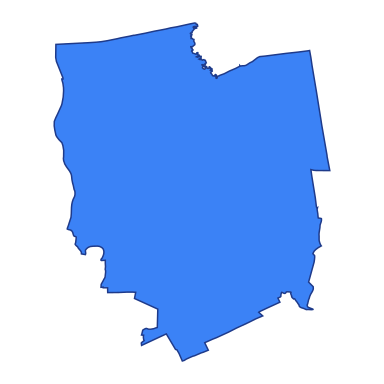 Bobicesti, Olt, Romania
{"feature_id": "2599482B15000431260960", "entity_name": "Bobicesti", "entity_type": "district", "adm_level": 2, "iso_a3": "ROU", "parent_name": "Romania", "parent_adm1": "Olt", "projection": "robinson", "projection_center": [24.159, 44.386], "detail": "fine", "context": "isolated", "style": "filled", "palette": "blue", "viewbox_px": 384, "rotation_deg": 0, "n_neighbors": 0, "source": "geoboundaries", "source_scale": "gbopen_adm2", "svg_char_len": 5743}
<svg xmlns="http://www.w3.org/2000/svg" viewBox="0 0 384 384"><path d="M313.0,309.3L312.6,309.0L308.4,307.4L307.8,306.9L307.2,305.8L307.2,304.9L307.6,304.0L308.6,299.7L309.1,298.6L309.8,296.2L310.8,294.0L311.8,292.4L312.7,290.7L313.2,289.3L313.3,288.7L313.2,286.7L308.6,282.1L314.1,262.1L314.5,259.4L314.7,257.0L314.6,255.6L312.9,253.7L313.4,252.5L314.3,251.0L315.9,249.4L318.2,247.7L321.3,245.9L320.9,245.4L319.9,243.3L319.2,240.8L319.1,239.8L319.1,236.2L319.0,234.5L319.1,232.8L319.9,227.7L320.1,224.9L321.2,221.7L321.5,220.0L321.4,218.6L320.9,218.4L318.3,218.0L318.1,217.1L317.9,215.1L317.8,213.8L317.1,209.5L317.5,207.7L316.9,208.1L316.4,206.8L315.3,197.8L311.8,176.1L311.1,171.1L310.9,169.6L313.9,170.3L316.1,170.5L329.8,170.6L327.1,156.6L327.0,155.2L321.7,124.8L321.0,120.2L316.3,90.9L312.0,65.3L310.9,57.7L309.6,50.5L308.2,50.8L297.9,52.1L286.0,53.4L264.9,56.1L259.7,56.6L257.4,57.7L252.4,61.6L249.9,62.8L246.4,65.1L245.7,65.4L244.5,65.7L242.0,65.8L240.4,66.1L239.8,65.5L239.8,65.9L239.7,66.3L235.4,68.5L229.5,71.0L224.3,73.7L219.9,75.3L219.1,75.8L217.6,76.3L217.4,76.5L217.2,77.7L216.8,78.3L216.3,78.3L216.0,78.1L216.0,77.2L216.6,75.9L216.4,75.2L215.9,74.7L215.5,74.5L215.2,74.7L215.7,75.5L215.7,75.8L215.5,76.0L214.8,76.1L214.0,75.7L213.3,76.0L212.7,75.7L212.4,75.4L212.0,74.5L211.7,74.0L210.8,73.1L210.6,72.8L210.9,72.3L212.3,71.1L212.3,70.9L212.1,70.8L211.1,70.7L210.7,70.5L211.8,70.0L212.0,69.6L212.1,69.1L211.9,68.7L211.7,68.6L211.4,68.6L210.7,69.1L210.4,69.0L210.3,68.7L210.6,68.1L210.6,67.7L210.3,67.5L209.7,67.6L209.6,66.8L209.3,66.8L209.1,67.0L209.1,67.7L208.9,68.1L208.2,68.4L207.3,68.3L207.0,68.1L206.8,66.9L206.4,66.6L205.8,66.5L205.3,66.6L205.0,66.7L204.9,67.1L205.5,68.0L205.0,68.9L204.6,69.2L203.9,69.0L203.0,68.5L202.5,68.0L202.4,67.6L202.6,67.1L202.8,66.9L203.6,66.4L203.7,66.1L202.9,65.8L202.4,65.5L202.0,64.9L202.0,64.7L203.0,64.6L204.2,65.1L205.0,65.1L205.4,64.8L205.0,64.0L205.0,63.8L205.1,63.7L206.3,62.9L205.3,60.3L204.6,60.3L203.9,59.6L202.2,60.2L201.6,59.3L201.1,59.3L200.1,59.6L199.0,59.1L201.0,58.0L201.2,56.5L201.0,56.2L200.7,56.2L199.3,56.7L198.4,56.8L197.6,57.2L196.4,56.8L196.7,56.6L199.3,55.5L199.2,55.1L198.1,54.8L197.6,54.2L197.5,53.8L198.0,53.2L197.9,52.8L197.8,52.6L197.3,52.6L196.7,52.9L196.2,54.1L195.9,54.2L194.1,53.5L192.9,53.2L192.6,52.8L192.2,51.7L191.6,51.2L191.7,50.8L192.8,50.3L193.0,49.9L192.8,49.7L192.1,49.1L192.0,48.8L192.1,48.4L191.3,48.0L191.3,47.3L190.9,47.1L190.8,46.9L190.8,46.7L192.5,46.7L193.4,45.8L194.8,44.7L194.9,43.8L194.8,43.1L194.1,41.8L193.7,41.1L194.0,39.9L194.0,39.6L193.9,39.4L193.0,39.3L192.2,38.4L191.1,38.5L191.0,38.1L191.4,36.8L191.4,36.7L190.7,36.3L190.7,36.1L190.7,35.9L191.7,35.2L191.9,34.9L191.9,34.6L190.8,34.1L190.4,33.7L190.4,33.3L190.7,33.0L192.1,32.7L192.1,31.6L192.9,30.7L194.3,29.0L194.2,28.8L193.7,28.3L193.6,28.0L193.2,27.3L193.2,27.1L193.4,26.7L193.7,26.6L194.3,26.5L194.3,27.0L195.5,28.4L196.3,28.2L196.7,28.0L196.6,27.7L195.4,27.5L195.0,26.9L195.0,26.7L195.3,26.5L196.7,26.5L197.7,26.2L197.6,25.4L197.3,24.4L196.3,24.4L196.2,24.1L195.9,23.3L195.8,23.2L194.6,23.0L190.5,23.8L176.9,26.8L170.5,27.9L166.0,29.0L159.8,30.2L154.3,31.2L145.3,33.2L134.4,35.3L133.5,35.3L129.5,36.2L120.6,37.9L117.3,38.7L107.4,40.7L101.2,41.7L96.2,42.2L88.5,42.7L55.9,44.4L55.7,57.4L56.4,61.4L62.9,77.7L63.0,79.0L61.8,79.0L62.0,80.2L62.9,83.3L63.5,87.6L63.6,90.9L63.2,97.1L62.0,103.7L61.4,105.6L57.7,113.8L55.8,117.7L54.3,121.4L54.2,125.9L54.8,130.0L55.9,135.1L56.7,136.7L58.9,139.6L61.9,142.7L62.9,145.6L63.7,150.4L63.6,157.1L63.5,157.5L63.4,158.7L63.7,160.9L64.5,163.0L64.6,163.7L66.4,166.7L69.6,171.1L70.9,173.5L71.5,175.5L72.0,180.0L72.6,183.0L73.3,185.5L74.1,189.4L74.8,191.0L75.0,192.5L75.0,194.5L74.6,196.4L73.1,199.5L72.3,202.0L71.8,204.4L71.5,207.4L71.3,213.8L71.0,217.3L68.3,225.7L67.4,228.1L67.2,229.0L67.3,229.1L68.6,229.6L70.8,230.1L71.0,230.5L71.5,230.6L72.1,231.4L72.5,232.0L72.8,232.8L73.5,235.2L73.8,235.7L74.3,236.3L75.4,236.5L75.8,236.7L76.1,237.0L76.2,237.3L76.2,238.0L75.9,240.6L75.7,242.4L75.2,243.9L75.2,244.4L75.8,245.2L77.0,246.4L77.3,246.4L77.6,246.8L78.0,247.6L78.4,248.3L79.5,249.6L80.5,250.7L81.3,252.0L81.4,253.9L85.4,254.6L85.7,253.6L85.6,252.2L85.4,251.0L85.5,250.0L86.7,248.6L87.9,247.6L89.3,246.9L90.5,246.5L93.4,246.2L97.5,246.1L99.5,246.4L100.8,247.0L102.1,247.8L103.0,248.7L103.6,250.1L103.8,251.0L103.9,251.9L103.8,253.3L103.6,254.4L103.0,256.1L102.1,258.1L101.3,258.9L100.9,259.9L100.9,260.1L101.4,260.5L105.3,260.3L105.3,263.3L105.5,266.7L105.2,269.4L105.6,270.8L105.6,272.2L105.1,276.9L104.7,278.0L104.0,279.1L103.2,280.7L101.2,284.3L101.0,287.3L103.2,287.2L103.2,287.8L107.6,287.8L107.7,292.6L118.7,292.5L127.1,292.1L132.7,292.1L135.7,292.3L134.5,298.5L157.8,309.1L157.3,327.5L155.8,327.9L153.7,328.7L150.7,329.2L148.6,329.2L147.0,328.6L146.1,328.4L144.8,328.9L142.9,330.0L142.7,330.4L141.8,334.2L141.5,335.0L142.0,335.1L143.6,335.2L143.4,336.3L143.4,337.8L143.7,339.6L144.2,340.6L143.7,340.9L141.8,342.4L141.3,343.0L141.6,345.4L166.3,333.9L175.5,349.4L176.9,349.8L179.0,353.4L182.3,361.0L184.3,360.4L186.3,359.1L189.8,357.5L192.6,356.3L194.7,355.7L200.9,353.0L203.4,352.2L208.3,350.2L204.7,342.7L212.8,339.1L216.4,337.7L228.6,332.1L236.4,328.1L248.5,322.5L255.9,318.8L262.7,315.9L258.7,312.3L259.4,311.7L267.0,308.1L279.9,302.2L277.9,298.1L280.3,297.0L280.8,296.5L281.0,294.3L281.4,292.8L281.8,292.3L284.2,293.4L284.6,293.4L285.0,293.4L285.7,292.9L286.4,291.9L288.0,291.8L290.8,292.1L291.0,292.3L290.7,293.2L291.0,294.5L291.6,295.8L291.7,296.2L291.6,296.5L292.0,297.4L292.7,298.1L293.7,299.0L294.5,298.8L294.9,299.1L295.6,300.3L297.4,302.6L298.1,303.8L298.8,304.6L299.3,306.2L300.0,307.0L301.3,307.7L303.6,308.4L306.3,309.6L308.0,309.5L311.6,309.7L312.9,309.5L313.0,309.3Z" fill="#3b82f6" stroke="#1e3a8a" stroke-width="1.5"/></svg>